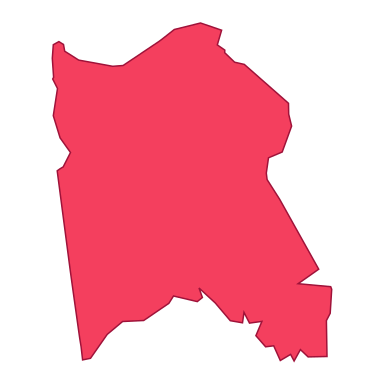 the district of Asan, Guam
{"feature_id": "77769853B60030225466541", "entity_name": "Asan", "entity_type": "district", "adm_level": 2, "iso_a3": "GUM", "parent_name": "Guam", "parent_adm1": "", "projection": "robinson", "projection_center": [144.726, 13.457], "detail": "fine", "context": "isolated", "style": "filled", "palette": "rose", "viewbox_px": 384, "rotation_deg": 0, "n_neighbors": 0, "source": "geoboundaries", "source_scale": "gbopen_adm2", "svg_char_len": 962}
<svg xmlns="http://www.w3.org/2000/svg" viewBox="0 0 384 384"><path d="M200.5,23.0L174.3,29.5L162.0,39.2L158.9,41.5L123.1,65.5L112.7,66.3L96.4,63.3L78.7,60.1L64.7,51.2L63.5,44.5L58.9,41.6L53.3,44.7L52.3,58.3L53.6,77.3L52.7,79.0L57.5,88.5L53.3,115.7L60.1,137.9L70.5,152.5L63.2,166.9L60.0,168.8L57.2,170.8L61.3,202.2L70.3,270.9L73.0,290.5L79.7,338.2L81.1,346.8L82.6,359.9L90.5,358.3L107.2,334.4L122.6,321.5L143.7,320.5L168.9,303.3L173.5,296.0L197.3,301.6L202.4,297.5L199.0,288.0L215.2,302.9L230.3,320.7L242.5,322.8L244.0,312.4L249.5,323.1L261.9,321.4L255.9,335.7L265.6,346.8L273.7,345.8L280.3,360.5L290.6,354.4L294.1,361.0L300.4,349.6L308.1,356.9L327.0,356.5L326.4,320.6L330.2,313.3L331.7,289.3L330.7,286.7L298.1,283.7L318.7,269.2L279.6,199.2L267.1,179.6L266.3,173.1L268.5,157.8L282.2,152.0L291.6,126.1L288.7,114.2L288.5,103.3L244.3,64.4L234.6,62.2L224.7,52.7L224.8,50.1L217.3,44.9L221.6,30.2L200.5,23.0Z" fill="#f43f5e" stroke="#9f1239" stroke-width="1.5"/></svg>